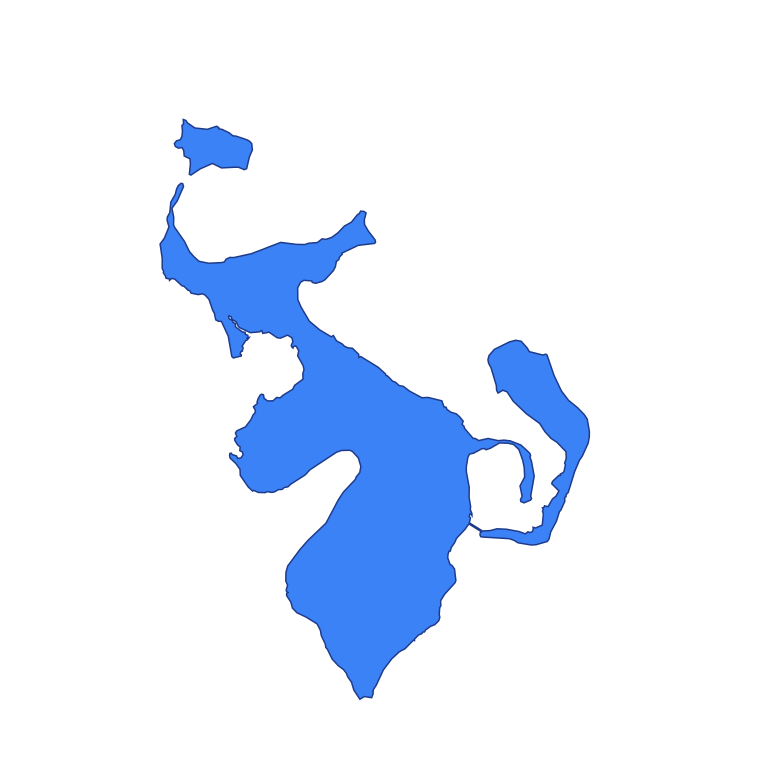 outline of Pangaimotu, Vava'u, Tonga, rotated 167°
{"feature_id": "48082658B58897341989636", "entity_name": "Pangaimotu", "entity_type": "district", "adm_level": 2, "iso_a3": "TON", "parent_name": "Tonga", "parent_adm1": "Vava'u", "projection": "albers", "projection_center": [-174.001, -18.686], "detail": "fine", "context": "isolated", "style": "filled", "palette": "blue", "viewbox_px": 768, "rotation_deg": 167, "n_neighbors": 0, "source": "geoboundaries", "source_scale": "gbopen_adm2", "svg_char_len": 6165}
<svg xmlns="http://www.w3.org/2000/svg" viewBox="0 0 768 768"><g transform="rotate(167 384 384)"><path d="M265.8,348.6L262.0,338.2L252.0,323.0L241.2,310.5L237.9,301.3L233.5,293.4L228.6,288.3L221.9,277.1L223.2,270.5L225.8,266.2L225.4,264.5L228.2,258.5L229.4,257.4L232.6,256.5L232.7,255.3L234.2,255.6L241.7,251.2L243.0,249.1L237.6,240.5L241.6,236.0L245.6,234.2L251.8,227.6L255.0,229.2L255.9,227.8L257.5,227.7L257.0,226.1L258.2,224.4L257.9,221.7L261.5,211.0L268.7,209.6L271.0,210.9L271.4,208.4L273.1,206.5L275.3,206.5L277.0,207.6L280.0,206.2L285.9,210.0L297.5,215.0L306.5,217.5L313.7,217.3L321.1,218.6L332.0,229.5L329.9,234.2L330.8,235.8L329.6,237.9L328.4,237.7L327.9,236.1L327.5,237.7L328.2,242.4L327.2,244.8L326.6,254.3L324.2,264.2L323.5,280.1L322.3,285.2L318.7,293.8L316.4,296.5L312.4,296.4L303.2,298.9L300.5,298.4L299.5,297.0L294.6,297.5L284.7,300.6L276.5,298.4L271.4,296.0L267.3,289.8L266.0,278.5L266.2,270.9L267.9,261.7L274.4,254.1L274.7,243.3L277.0,240.8L277.1,238.7L274.3,236.7L267.3,237.9L266.0,239.1L266.3,241.7L258.4,260.4L257.7,275.6L258.3,280.3L257.3,281.0L257.5,283.5L259.6,286.9L264.4,293.8L273.8,300.2L279.6,302.3L285.4,303.1L294.8,307.5L304.4,307.6L307.5,310.5L309.3,310.8L315.4,322.4L315.6,324.9L317.0,327.1L315.2,330.0L317.7,335.0L320.3,338.7L325.4,341.6L328.4,345.2L328.7,347.4L330.7,348.2L331.4,354.6L344.1,361.0L350.2,362.1L360.8,371.4L365.6,377.3L369.6,379.1L372.5,383.2L374.9,384.7L378.7,391.0L380.2,391.9L380.2,393.3L385.8,401.5L400.5,416.0L402.5,415.6L402.0,418.6L406.7,425.9L411.0,427.4L414.0,429.6L415.8,432.5L420.6,436.8L422.4,442.6L424.8,441.9L434.4,451.1L442.6,462.0L447.6,477.9L449.0,485.7L446.5,497.1L442.5,501.8L438.8,503.1L431.3,500.7L431.0,499.1L428.0,497.5L421.4,497.8L418.0,498.9L408.0,505.7L405.1,509.0L402.8,514.2L400.1,515.3L398.6,517.9L395.6,519.7L395.8,520.9L378.1,524.9L361.5,523.1L360.3,524.2L360.3,526.5L364.9,536.6L367.1,543.8L366.2,548.5L363.0,554.6L364.6,556.6L367.9,557.7L370.2,555.2L371.5,555.2L379.4,549.0L387.1,546.8L394.8,541.7L402.0,538.6L408.2,538.0L411.6,539.4L417.1,536.8L425.7,538.1L429.8,537.7L438.1,539.8L452.8,545.2L483.9,540.8L502.0,541.0L505.7,542.0L509.7,541.2L512.0,538.9L514.7,538.8L527.7,541.1L536.7,545.2L540.6,550.9L543.8,556.8L546.3,567.7L552.9,584.1L553.2,586.7L551.4,593.5L551.1,602.9L544.3,608.9L534.9,621.5L535.1,624.5L536.6,625.2L539.7,623.7L542.2,620.7L544.8,615.6L550.8,609.2L554.2,599.1L557.5,595.5L558.5,592.6L558.2,585.4L565.2,575.5L570.7,570.7L571.8,556.6L574.1,546.5L573.4,543.4L574.0,541.8L572.7,538.6L572.6,536.1L569.3,534.5L569.6,533.3L567.1,534.6L564.3,533.3L558.9,525.3L556.7,524.0L554.0,519.6L552.2,518.5L551.5,515.9L544.9,512.9L540.6,512.7L538.4,511.0L535.5,505.9L534.3,494.1L533.4,491.3L533.5,484.4L531.3,482.4L528.3,481.5L525.0,465.6L526.1,445.1L525.0,443.3L516.8,443.4L516.5,444.4L517.4,445.6L515.9,447.9L514.6,447.9L513.1,451.2L513.8,452.7L509.0,457.4L507.3,457.7L505.0,459.6L506.9,459.5L505.8,460.6L505.8,462.2L507.9,463.5L507.7,465.6L510.1,466.5L515.3,472.3L515.8,473.4L515.2,476.4L517.2,477.8L517.5,480.1L520.2,482.3L520.4,484.5L519.7,485.4L517.7,483.8L517.8,481.6L513.9,477.7L513.0,472.9L512.0,471.4L502.7,464.1L493.6,462.8L491.1,463.6L490.7,460.6L484.3,460.3L477.7,453.1L474.6,452.0L466.9,453.3L463.4,449.8L463.2,445.9L465.7,442.5L465.5,440.8L464.6,439.5L464.1,440.6L461.9,441.1L461.0,440.3L459.6,435.5L461.8,430.9L458.7,420.3L458.7,416.1L460.8,412.2L461.8,407.0L471.4,402.8L474.1,399.4L484.9,395.8L488.3,393.9L491.7,395.0L495.9,392.6L501.3,393.7L504.0,397.0L503.9,400.7L505.6,401.6L507.2,401.1L510.2,397.7L511.8,394.9L511.6,393.6L516.4,391.2L515.2,387.1L516.5,384.5L518.2,383.7L521.7,379.2L528.6,373.4L537.9,371.5L539.8,369.7L539.2,365.9L541.8,364.5L542.0,362.3L540.3,357.5L538.3,355.1L539.5,351.5L537.2,349.5L537.2,346.8L540.0,344.2L543.3,344.4L543.9,347.1L547.7,349.3L548.4,351.0L549.9,350.9L550.6,348.9L550.6,346.3L546.3,340.0L543.5,333.3L544.6,327.2L539.5,314.3L536.1,309.2L535.0,309.7L530.8,306.6L524.4,304.9L521.9,305.4L518.0,303.7L514.9,303.5L510.8,304.8L506.9,304.2L504.5,305.6L500.8,305.4L497.1,307.5L481.1,313.2L475.5,317.1L445.6,328.2L440.5,328.8L432.4,327.2L429.9,325.3L425.6,317.7L425.1,308.8L427.6,303.1L431.9,299.8L433.4,297.5L447.6,288.0L454.4,281.6L471.8,261.5L493.5,248.6L503.2,241.6L518.7,228.4L521.9,222.6L524.0,214.1L523.2,209.7L525.6,205.4L525.6,203.7L524.4,202.4L525.9,201.9L526.5,199.8L523.8,192.4L523.6,186.2L520.3,180.7L512.1,174.2L503.1,165.2L501.4,158.2L501.7,153.0L499.7,143.9L500.0,140.4L498.8,138.2L496.4,127.6L491.8,119.6L487.8,115.1L485.8,110.8L485.2,106.8L482.8,100.9L482.2,92.5L478.4,82.3L473.4,83.9L466.6,81.1L464.5,84.3L463.2,88.5L459.2,92.4L448.9,105.6L438.4,114.4L429.2,119.7L423.1,121.3L413.1,127.7L412.0,127.1L411.5,128.7L406.8,131.7L403.5,132.2L401.7,133.6L400.4,133.3L398.8,135.0L393.2,137.4L388.6,138.1L383.8,141.1L382.1,144.1L382.0,147.1L380.0,153.6L378.5,155.1L377.6,160.1L372.1,165.6L359.8,174.1L358.2,176.2L356.9,187.9L358.6,191.9L360.2,193.3L361.0,200.1L360.0,203.5L358.2,206.5L356.9,206.3L355.4,209.4L350.8,213.6L348.1,217.3L337.7,224.2L332.8,228.6L322.3,218.1L323.8,217.3L324.4,215.2L324.1,213.5L322.6,212.8L296.7,205.1L292.6,202.5L289.1,199.1L276.8,194.0L272.0,193.2L260.4,193.8L258.1,195.8L254.8,202.4L246.8,211.6L241.8,220.1L240.0,221.4L234.2,229.0L233.5,232.7L232.0,233.2L231.4,235.2L228.9,236.9L217.9,255.8L210.8,265.6L206.8,269.4L198.4,280.4L195.8,286.4L194.5,291.9L193.9,304.1L195.7,309.0L200.7,317.3L207.9,326.6L212.7,337.3L216.4,354.1L218.6,375.4L219.6,376.7L222.7,376.5L235.1,382.8L236.4,386.9L240.7,394.8L245.9,397.0L252.3,396.8L268.7,392.9L275.3,388.1L277.3,384.2L277.4,380.6L276.1,375.9L274.9,357.5L275.7,352.4L274.9,349.5L269.6,351.2L265.8,348.6ZM525.1,631.0L514.6,635.0L501.6,637.5L493.7,631.1L480.2,628.7L476.8,627.8L472.0,624.3L469.4,624.7L464.1,635.5L459.6,641.7L458.8,647.9L460.3,650.7L462.7,652.8L472.4,658.8L475.4,659.8L478.5,663.7L484.5,668.5L487.7,669.9L487.3,671.1L489.2,672.8L498.8,671.9L510.7,676.0L516.8,682.7L517.8,685.4L520.1,686.9L520.8,682.5L522.7,681.4L523.5,675.7L525.2,670.7L527.4,667.9L531.5,667.6L534.2,665.4L533.9,662.5L531.4,660.1L527.6,659.8L526.6,656.5L527.4,651.1L522.4,647.1L523.1,642.1L526.5,632.1L525.1,631.0Z" fill="#3b82f6" stroke="#1e3a8a" stroke-width="1.5"/></g></svg>